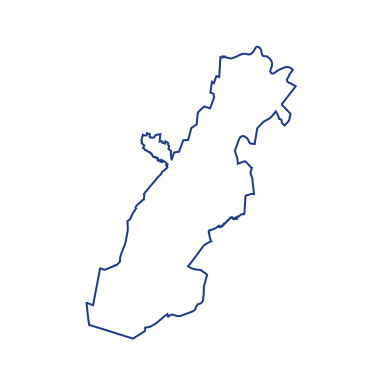 Vaidavas pag., Kocenu, Latvia (Robinson projection), rotated 282°
{"feature_id": "27541924B99767598145301", "entity_name": "Vaidavas pag.", "entity_type": "district", "adm_level": 2, "iso_a3": "LVA", "parent_name": "Latvia", "parent_adm1": "Kocenu", "projection": "robinson", "projection_center": [25.291, 57.431], "detail": "fine", "context": "isolated", "style": "outline", "palette": "blue", "viewbox_px": 384, "rotation_deg": 282, "n_neighbors": 0, "source": "geoboundaries", "source_scale": "gbopen_adm2", "svg_char_len": 5932}
<svg xmlns="http://www.w3.org/2000/svg" viewBox="0 0 384 384"><g transform="rotate(282 192 192)"><path d="M64.5,190.7L67.5,193.4L65.2,194.6L67.8,197.2L68.0,198.4L67.6,203.8L68.4,206.5L74.9,216.8L76.8,219.0L78.2,219.6L80.3,219.8L81.7,220.3L82.9,220.8L83.5,221.2L85.0,224.0L87.9,225.4L92.3,224.8L94.5,224.7L100.7,223.5L103.1,223.3L107.4,223.7L110.0,223.7L114.0,224.1L115.2,222.3L116.4,219.0L117.2,217.3L117.4,217.3L117.0,211.1L117.1,208.9L117.3,207.6L117.9,205.1L118.1,204.5L118.5,203.6L129.6,209.0L140.4,213.8L142.5,214.9L144.5,216.9L144.5,217.0L147.9,221.0L148.2,220.4L149.9,219.7L151.4,218.8L152.2,218.6L152.9,218.2L153.6,217.9L154.0,217.9L154.8,217.3L155.7,217.0L156.3,216.6L156.9,216.5L157.1,216.9L157.6,217.1L158.1,216.9L158.4,217.1L158.8,218.3L159.0,218.5L159.0,218.8L158.8,218.9L158.8,219.0L159.2,219.2L159.4,219.5L160.0,220.2L160.0,220.5L160.7,221.1L160.8,221.5L161.3,221.9L161.4,222.1L161.4,222.5L161.9,223.0L162.7,223.8L163.3,224.0L164.1,224.8L163.9,224.9L164.0,225.1L164.0,225.3L164.5,225.3L164.7,225.7L163.7,226.2L163.4,226.0L163.3,226.4L163.4,226.9L163.5,227.3L164.7,227.9L165.2,228.1L165.1,228.4L164.9,228.8L166.6,229.3L166.6,229.6L166.5,229.8L167.0,230.0L167.6,229.9L167.7,230.5L167.9,230.8L168.7,230.9L168.9,231.2L169.4,231.8L169.7,231.9L170.1,231.9L170.4,232.0L170.7,232.2L170.9,232.6L171.3,232.5L171.4,232.8L171.5,232.9L172.1,233.2L172.4,233.3L172.5,233.4L172.5,233.8L172.7,234.0L173.6,234.2L173.9,234.6L174.1,234.6L174.3,234.5L174.5,234.6L174.7,235.4L174.8,235.5L175.2,235.5L175.3,235.8L175.7,236.0L175.8,236.2L175.8,236.5L175.6,236.7L175.1,236.9L174.6,237.3L174.1,238.1L174.4,238.4L174.4,238.5L174.2,238.7L174.3,238.8L175.3,239.0L175.9,239.6L175.6,239.8L175.0,239.8L174.8,239.9L174.7,240.0L175.0,240.3L175.2,240.8L174.8,241.1L174.8,241.3L175.8,241.8L176.1,241.8L176.4,241.5L177.0,241.3L177.5,241.7L177.7,241.9L177.9,242.7L178.1,243.0L180.2,244.7L181.0,246.2L181.0,246.4L180.8,246.6L180.8,246.9L181.0,247.0L181.2,247.5L181.3,247.7L181.9,247.8L182.2,247.7L191.9,246.2L194.3,245.9L199.2,245.1L200.3,246.2L200.4,246.5L200.7,247.5L200.8,247.8L202.3,249.9L202.4,250.4L202.6,251.0L202.7,252.5L202.8,252.9L203.0,253.1L213.9,249.4L217.0,248.5L218.7,247.7L221.0,246.2L223.2,245.1L228.0,245.6L228.4,244.3L229.5,243.0L233.1,238.0L232.7,236.6L229.2,231.0L234.5,229.3L238.6,226.8L241.1,225.4L251.5,226.7L255.4,227.6L256.4,228.5L256.9,229.3L257.5,230.4L257.3,231.6L256.1,234.9L251.6,238.5L251.9,243.3L267.8,242.6L275.2,247.0L280.5,252.9L282.2,254.1L285.6,256.0L288.3,257.2L285.1,260.0L281.5,262.2L281.6,263.4L280.9,264.6L278.5,265.5L277.8,266.2L276.3,268.8L282.2,272.1L289.0,272.1L296.3,261.4L296.2,261.2L297.2,261.9L317.0,271.5L319.0,265.2L319.0,264.2L319.5,263.0L319.8,262.5L320.5,261.9L321.3,261.6L321.8,261.5L326.1,262.8L327.0,262.8L331.3,264.7L332.7,265.1L333.7,262.9L334.2,261.2L334.1,259.6L333.7,258.0L332.9,256.3L329.9,252.1L328.2,250.2L325.8,248.1L324.8,246.9L324.6,246.3L324.5,245.7L324.7,245.2L325.1,244.5L325.6,243.9L326.2,243.5L327.7,243.4L331.6,243.9L332.8,243.9L334.0,243.7L334.8,243.4L336.1,242.8L336.9,242.2L338.2,240.8L338.9,239.8L340.1,237.4L340.3,236.6L339.9,234.9L339.8,233.6L340.3,232.7L341.2,231.9L341.8,231.5L344.1,230.5L345.7,229.7L346.2,229.3L347.0,228.5L347.2,228.1L347.6,227.1L347.7,226.1L347.6,225.1L347.5,224.8L345.9,224.1L343.4,223.3L341.1,222.3L339.5,221.0L339.1,220.6L338.5,219.5L338.2,218.7L338.3,218.0L338.3,215.7L337.9,213.4L337.7,213.0L336.8,211.3L336.0,210.4L335.7,209.7L334.5,208.4L331.9,204.7L331.1,203.3L330.7,202.4L330.6,201.9L330.6,200.5L330.8,199.0L330.8,198.4L330.6,197.2L330.7,196.8L330.8,196.6L331.4,196.0L330.8,195.5L330.5,195.0L330.5,194.7L330.7,194.3L331.1,194.0L331.2,193.7L329.7,193.3L329.8,191.7L324.9,192.5L310.2,194.7L310.4,191.8L307.5,191.3L303.0,190.8L304.1,188.7L303.6,188.6L293.1,189.3L292.9,190.3L292.6,192.7L290.1,193.3L289.4,194.0L277.6,192.3L278.2,186.3L278.2,186.1L271.2,181.3L266.9,181.6L259.1,182.5L254.4,178.0L251.0,177.9L242.1,177.4L241.2,174.2L240.8,172.7L234.8,171.8L228.7,170.9L227.0,166.3L219.7,165.4L220.0,165.0L224.3,163.6L227.8,163.0L229.2,160.0L232.3,160.1L233.3,158.6L234.9,158.6L236.0,155.5L233.7,155.5L234.0,152.7L235.0,152.8L235.4,151.5L234.6,149.8L242.0,149.0L240.2,144.7L237.2,143.4L236.6,139.7L237.4,139.6L237.6,138.9L239.8,138.8L240.2,135.7L238.0,135.8L237.3,133.4L237.8,132.1L235.6,131.9L231.3,131.9L230.8,132.7L229.3,132.6L227.6,135.6L224.8,135.0L224.8,135.4L224.5,136.0L223.6,137.0L223.2,137.9L223.2,138.5L223.0,138.9L222.2,141.4L222.0,142.1L222.1,142.7L221.8,143.2L221.0,143.6L220.9,143.7L221.1,144.5L220.3,145.1L219.8,145.4L219.5,145.6L218.6,146.6L218.3,146.8L218.3,147.0L218.3,147.4L218.2,147.8L218.2,148.1L218.7,148.9L218.5,149.2L218.1,149.4L218.1,149.8L217.9,150.0L217.9,150.3L218.2,150.6L218.2,151.2L218.2,151.3L217.7,151.4L216.4,151.5L216.4,151.9L216.2,152.1L215.8,152.2L216.0,152.5L216.5,152.7L216.4,152.9L216.5,153.0L216.3,153.4L215.8,153.7L215.9,153.8L215.5,153.9L215.5,154.0L215.8,154.3L215.1,154.8L215.3,155.6L215.7,155.6L215.2,155.9L215.1,156.3L215.0,156.5L215.2,156.8L216.7,157.0L215.7,159.5L214.0,162.4L213.0,162.2L212.8,161.2L212.3,161.6L212.3,161.8L212.3,162.1L211.8,162.0L211.5,162.3L211.1,162.8L210.8,162.9L205.0,158.3L203.1,158.1L198.8,155.1L197.6,154.6L196.1,153.8L188.6,149.8L183.1,147.0L182.5,146.5L181.6,146.0L179.7,145.4L179.6,145.9L174.6,146.5L173.9,145.4L173.3,144.9L172.4,144.5L171.8,144.0L167.9,141.1L166.8,140.5L165.8,140.1L165.1,140.0L164.4,140.3L164.2,140.7L158.9,138.5L152.7,137.2L149.9,134.9L146.3,136.0L145.9,136.1L141.7,137.1L129.7,137.5L127.8,137.4L123.8,136.8L123.6,136.8L121.4,136.4L118.0,135.8L113.6,135.3L109.0,136.0L108.1,135.5L104.9,133.5L104.4,132.4L104.4,132.2L104.2,132.2L97.8,123.0L97.7,122.0L98.0,120.7L98.2,118.7L98.0,118.0L60.7,118.8L61.7,112.2L61.5,111.9L45.7,117.1L42.1,118.5L40.6,119.0L38.5,142.4L37.7,150.0L37.4,154.0L37.0,157.2L36.8,159.8L36.3,164.7L46.1,174.8L49.7,174.5L50.7,177.4L51.7,179.2L52.1,179.8L55.6,183.8L64.5,190.7Z" fill="none" stroke="#1e3a8a" stroke-width="2"/></g></svg>